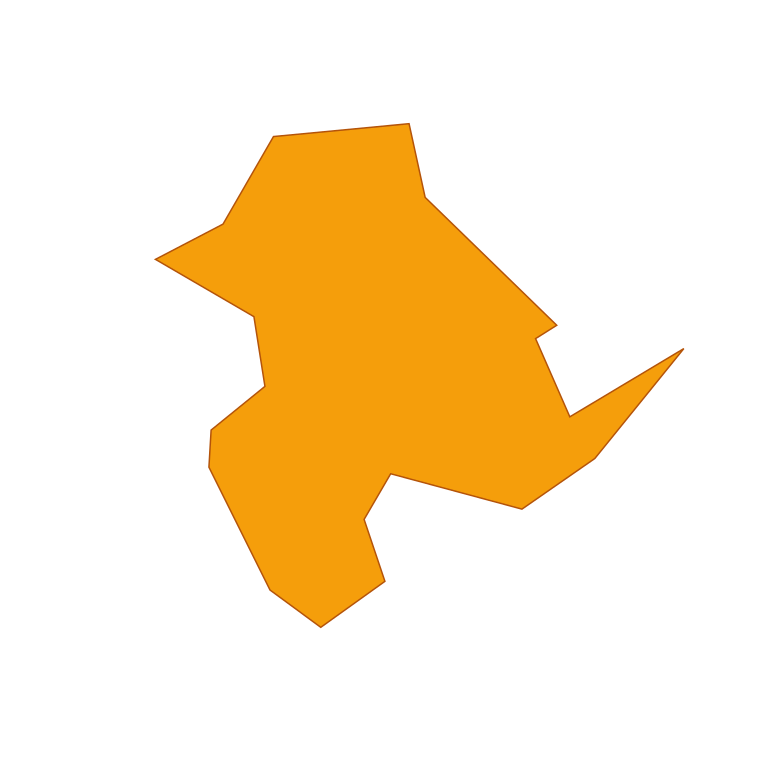 outline of Centar, Čair, North Macedonia, rotated 114°
{"feature_id": "65306769B31528709538806", "entity_name": "Centar", "entity_type": "district", "adm_level": 2, "iso_a3": "MKD", "parent_name": "North Macedonia", "parent_adm1": "Čair", "projection": "equal_earth", "projection_center": [21.43, 41.996], "detail": "fine", "context": "isolated", "style": "filled", "palette": "amber", "viewbox_px": 768, "rotation_deg": 114, "n_neighbors": 0, "source": "geoboundaries", "source_scale": "gbopen_adm2", "svg_char_len": 423}
<svg xmlns="http://www.w3.org/2000/svg" viewBox="0 0 768 768"><g transform="rotate(114 384 384)"><path d="M618.6,404.3L632.0,342.8L563.9,302.9L515.8,347.1L463.3,341.4L442.2,207.1L366.3,161.1L229.7,124.5L338.4,200.9L280.9,264.0L260.1,250.1L196.8,422.3L136.0,467.0L202.9,585.6L303.4,596.1L363.1,643.5L375.4,530.2L434.6,491.8L496.4,523.2L531.2,510.1L618.6,404.3Z" fill="#f59e0b" stroke="#b45309" stroke-width="1.5"/></g></svg>